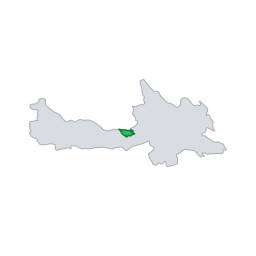 location of Pakkading, Bolikhamxai, Laos, rotated 123°
{"feature_id": "54806243B78730192124512", "entity_name": "Pakkading", "entity_type": "district", "adm_level": 2, "iso_a3": "LAO", "parent_name": "Laos", "parent_adm1": "Bolikhamxai", "projection": "equal_earth", "projection_center": [104.112, 18.224], "detail": "fine", "context": "in_parent", "style": "filled", "palette": "green", "viewbox_px": 256, "rotation_deg": 123, "n_neighbors": 0, "source": "geoboundaries", "source_scale": "gbopen_adm2", "svg_char_len": 5648}
<svg xmlns="http://www.w3.org/2000/svg" viewBox="0 0 256 256"><g transform="rotate(123 128 128)"><path d="M99.2,36.3L100.1,38.4L104.3,43.9L105.0,45.4L106.6,46.6L107.8,51.6L108.4,51.9L109.1,51.5L109.6,50.8L110.1,48.9L110.3,48.7L110.8,50.3L112.0,50.7L112.5,51.4L112.6,52.6L112.5,53.9L111.5,56.7L110.9,60.5L115.0,68.6L116.7,69.7L120.8,71.1L123.6,72.9L124.9,72.4L126.1,70.4L127.6,69.3L130.4,67.5L131.2,67.5L132.7,68.1L135.2,70.2L139.0,74.0L138.9,75.0L138.2,76.0L136.1,77.5L135.5,78.4L135.9,78.8L137.6,79.1L139.6,79.9L140.2,80.9L140.5,83.2L140.9,83.6L142.7,83.4L143.3,83.7L144.0,84.4L144.6,86.3L144.6,87.7L142.8,90.2L142.6,91.7L141.6,93.5L139.1,96.4L138.4,96.6L133.7,95.0L130.0,95.2L129.7,95.8L130.3,97.6L130.5,99.4L130.0,100.8L127.8,102.5L127.7,103.3L128.2,104.1L131.3,105.7L141.2,114.3L145.7,116.0L147.7,117.0L148.2,117.7L148.2,118.4L147.7,119.4L147.3,121.1L147.3,122.1L147.7,123.1L148.5,124.5L151.3,127.8L153.4,128.6L155.5,132.3L156.2,135.6L157.2,137.7L162.4,144.8L166.7,149.2L169.3,153.9L170.6,155.0L171.0,156.7L171.3,161.7L172.8,164.2L173.2,165.2L173.8,166.0L174.5,166.1L176.1,164.5L176.4,164.7L177.1,167.3L177.7,168.3L180.0,169.9L182.4,173.1L183.7,174.2L185.4,175.2L185.6,176.1L185.3,177.2L184.8,177.8L182.0,179.7L181.6,180.5L183.5,184.5L188.2,189.6L189.7,192.6L189.4,194.1L188.1,197.0L187.2,197.8L186.9,198.7L187.6,201.1L187.6,204.8L186.7,205.7L185.9,208.0L185.3,208.1L183.9,207.3L180.8,211.2L179.5,211.0L178.0,213.2L176.1,213.5L174.7,211.9L171.8,209.2L170.8,207.6L169.9,209.0L168.4,210.4L166.2,209.9L165.7,211.8L165.2,212.2L162.7,212.5L162.2,212.8L162.6,214.6L164.1,217.6L164.6,219.4L163.7,222.2L161.0,222.2L159.8,221.0L158.2,218.6L154.8,217.0L152.5,218.1L151.8,218.0L150.1,216.0L149.4,214.7L149.0,212.8L151.7,211.2L153.0,210.0L153.8,208.7L154.2,207.3L154.6,201.7L155.0,199.8L154.8,197.3L154.1,195.4L154.1,192.6L154.4,190.3L155.4,189.1L156.1,187.4L156.5,183.7L156.2,182.7L155.2,181.8L153.6,181.0L152.5,179.9L152.1,178.5L152.1,177.4L152.6,176.4L151.4,175.3L148.4,174.0L146.7,172.6L146.4,170.8L145.1,168.6L143.0,165.8L141.8,161.8L141.7,156.6L142.0,152.3L142.9,147.4L141.6,143.8L140.2,141.9L138.3,140.6L136.5,138.6L134.8,136.0L132.7,132.2L130.3,127.2L128.7,124.9L127.8,125.5L126.1,125.0L123.4,123.5L121.1,122.8L119.1,122.7L117.9,123.0L117.3,123.7L117.2,124.5L117.7,125.3L117.4,125.8L116.4,126.3L115.6,127.1L114.6,128.9L114.0,131.3L113.0,132.3L111.5,132.5L110.0,133.2L108.5,134.3L107.8,135.2L107.9,135.8L107.5,136.0L106.8,135.6L106.5,134.8L106.5,133.6L105.8,132.7L104.3,132.3L102.5,131.0L99.2,127.5L98.4,127.3L97.3,128.2L95.9,130.2L94.7,130.9L93.8,130.5L93.1,131.2L92.5,133.0L91.6,134.4L87.1,138.2L83.0,143.0L82.0,143.4L79.6,142.1L78.8,141.1L82.2,131.2L82.7,128.8L82.7,125.7L81.2,123.0L81.2,122.2L81.4,121.4L83.2,118.4L85.2,110.5L85.1,108.0L84.2,105.4L83.8,102.8L84.2,99.3L84.0,98.0L83.1,97.3L80.0,96.6L78.3,97.2L77.4,98.1L76.4,98.7L74.5,99.0L72.6,97.9L71.1,95.9L70.8,93.4L72.7,88.2L73.2,86.2L73.2,85.2L72.9,84.2L72.4,84.1L71.4,82.8L70.5,80.7L69.6,79.7L68.8,79.8L68.0,80.7L66.7,82.7L66.3,82.5L67.5,75.2L68.6,72.1L69.8,70.7L71.1,70.1L72.5,70.3L73.7,70.1L74.7,69.3L74.6,68.9L73.5,68.8L73.0,68.0L73.3,66.4L73.8,65.4L74.5,65.0L75.3,63.4L76.0,60.8L76.9,59.5L77.9,59.4L79.7,58.3L82.2,56.1L83.1,53.9L84.1,54.9L83.7,57.4L84.2,57.9L84.4,58.8L84.3,60.2L84.5,61.4L84.9,62.0L85.4,62.3L88.0,61.2L89.6,61.2L92.3,63.0L93.8,61.6L93.9,61.1L92.6,59.4L93.0,53.1L92.9,48.3L90.7,44.7L90.3,43.3L90.1,41.0L89.5,39.0L91.0,37.4L91.9,34.5L93.0,33.8L93.3,33.9L94.6,36.1L96.3,35.0L97.6,35.0L98.7,35.6L99.2,36.3Z" fill="#d9dde1" stroke="#a8b0b8" stroke-width="1"/><path d="M127.7,122.1L127.7,122.9L127.7,123.0L127.8,123.1L127.7,123.1L127.8,123.1L127.8,123.3L128.0,123.3L128.0,123.5L128.0,123.4L128.0,123.5L127.8,124.6L127.9,125.2L128.0,124.9L128.5,124.6L128.8,124.5L129.0,124.5L129.3,124.9L129.4,125.2L129.5,125.4L129.6,125.6L129.8,125.9L129.9,126.1L130.0,126.2L130.0,126.4L130.4,126.9L130.4,127.1L130.5,127.2L130.5,127.4L130.6,127.6L130.7,127.9L130.8,128.1L131.0,128.8L131.2,129.4L131.3,129.6L131.4,129.8L131.6,130.0L131.9,130.3L132.0,130.5L132.6,131.5L133.0,131.9L133.1,132.2L133.2,132.3L133.4,133.0L133.6,133.7L133.7,133.9L133.7,134.1L133.8,134.3L133.8,134.5L133.9,134.8L134.0,134.8L134.0,134.7L134.0,134.4L133.9,134.3L134.0,134.0L134.0,133.9L134.1,133.7L134.3,133.3L134.6,132.7L134.7,132.4L134.8,132.2L134.9,131.8L135.2,131.3L135.5,130.6L135.6,130.4L135.7,130.2L135.8,130.2L135.9,129.8L135.9,129.7L136.0,129.4L136.1,129.1L136.0,128.7L136.1,128.3L136.1,128.2L136.3,127.8L136.4,127.7L136.5,127.6L136.8,127.7L136.5,127.4L136.3,127.1L136.1,126.9L136.0,126.7L135.9,126.5L135.9,126.4L135.9,126.2L136.0,126.1L136.1,125.9L136.1,125.7L136.2,125.4L136.3,125.3L136.2,125.2L136.3,125.0L136.3,124.9L136.3,124.7L136.2,124.6L135.8,124.4L135.7,124.3L135.7,124.2L135.6,123.9L135.5,124.0L135.5,123.9L135.4,123.9L135.3,124.0L135.2,124.0L135.1,123.9L134.9,123.8L134.8,123.7L134.7,123.7L134.4,123.6L134.2,123.6L133.8,123.1L133.7,123.0L133.6,122.7L133.5,122.3L133.4,122.3L133.4,122.2L133.3,121.9L133.2,121.8L133.2,121.7L132.9,121.5L132.9,121.4L132.7,121.4L132.5,121.5L132.4,121.5L132.2,121.5L132.1,121.4L131.9,121.2L131.6,121.1L131.3,120.9L131.2,120.7L130.9,120.5L130.8,120.4L130.7,120.3L130.6,120.2L130.4,120.0L130.2,120.0L130.1,119.9L129.8,119.7L129.7,119.7L129.5,119.3L129.4,119.3L129.3,119.5L129.2,119.5L129.2,119.8L129.1,120.0L129.2,120.3L129.3,120.4L129.3,120.5L129.4,120.8L129.5,120.8L129.5,121.0L129.6,121.3L129.7,121.5L129.8,121.5L129.8,121.8L129.6,122.0L129.6,122.3L129.6,122.5L129.7,122.8L129.5,123.0L129.4,123.2L129.1,122.8L128.9,122.6L128.7,122.4L128.3,122.0L128.1,121.8L127.9,121.9L127.8,122.0L127.7,122.1L127.7,122.1Z" fill="#22c55e" stroke="#15803d" stroke-width="1.5"/></g></svg>